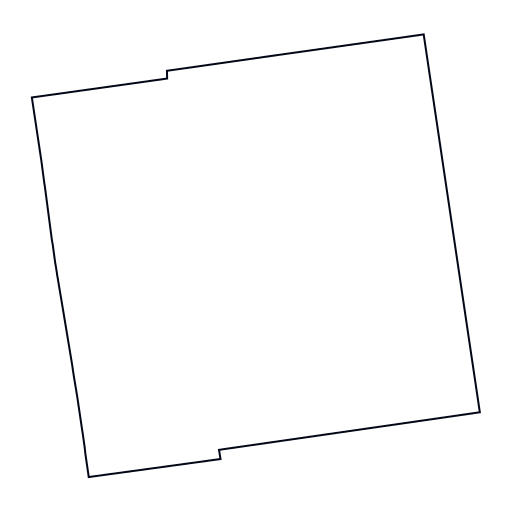 Mercer, Missouri, United States of America, rotated 262°
{"feature_id": "52423323B31950432025516", "entity_name": "Mercer", "entity_type": "district", "adm_level": 2, "iso_a3": "USA", "parent_name": "United States of America", "parent_adm1": "Missouri", "projection": "orthographic", "projection_center": [-93.589, 40.422], "detail": "fine", "context": "isolated", "style": "outline", "palette": "ink", "viewbox_px": 512, "rotation_deg": 262, "n_neighbors": 0, "source": "geoboundaries", "source_scale": "gbopen_adm2", "svg_char_len": 573}
<svg xmlns="http://www.w3.org/2000/svg" viewBox="0 0 512 512"><g transform="rotate(262 256 256)"><path d="M452.1,452.9L452.0,305.4L451.8,193.6L444.1,192.7L444.2,56.1L379.6,56.7L357.0,56.5L355.5,56.6L300.5,56.1L297.2,56.2L296.6,56.3L277.3,56.2L271.9,56.4L269.1,56.4L267.1,56.5L265.3,56.4L261.1,56.6L260.5,56.6L260.1,56.6L230.2,57.4L173.7,58.8L170.8,58.8L168.3,58.8L161.6,58.9L153.7,59.1L141.0,59.4L110.2,59.6L104.5,59.7L96.0,59.7L90.7,59.7L83.5,59.5L64.3,59.6L60.4,59.6L59.9,192.6L69.2,192.4L70.1,455.9L452.1,452.9Z" fill="none" stroke="#020617" stroke-width="2"/></g></svg>